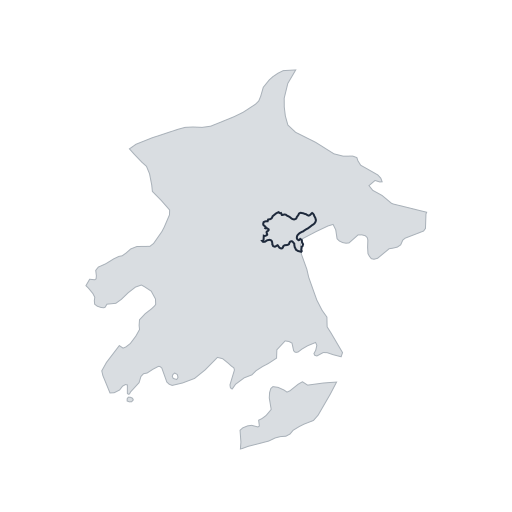 Imishli District, İmişli, Azerbaijan (highlighted), rotated 286°
{"feature_id": "54616110B47039748407948", "entity_name": "Imishli District", "entity_type": "district", "adm_level": 2, "iso_a3": "AZE", "parent_name": "Azerbaijan", "parent_adm1": "İmişli", "projection": "equal_earth", "projection_center": [48.045, 39.875], "detail": "medium", "context": "in_parent", "style": "outline", "palette": "slate", "viewbox_px": 512, "rotation_deg": 286, "n_neighbors": 0, "source": "geoboundaries", "source_scale": "gbopen_adm2", "svg_char_len": 5160}
<svg xmlns="http://www.w3.org/2000/svg" viewBox="0 0 512 512"><g transform="rotate(286 256 256)"><path d="M345.1,408.0L343.2,407.8L329.2,411.3L326.2,410.2L314.2,394.4L311.7,392.7L306.6,392.0L303.5,389.4L301.1,385.1L299.7,382.0L287.3,373.5L285.4,370.3L285.2,367.6L287.0,365.1L289.1,363.0L295.1,360.9L302.2,359.1L304.4,357.8L305.6,355.5L305.5,351.9L304.4,348.3L294.2,341.8L293.1,339.0L292.8,335.6L293.4,332.0L294.9,329.2L303.2,325.4L307.6,321.4L304.8,317.0L296.0,307.0L285.4,295.9L278.4,295.8L270.3,299.1L257.3,308.5L250.1,312.5L240.7,319.2L230.4,326.6L222.0,334.5L216.8,341.0L207.5,343.9L202.7,349.3L187.0,365.8L182.6,365.6L182.4,357.4L182.7,351.0L181.7,347.2L176.7,342.1L176.7,339.9L178.1,338.6L181.9,339.4L186.9,339.1L189.3,337.1L184.0,330.4L179.3,325.9L175.3,322.9L174.4,321.1L174.4,319.8L175.3,318.3L182.2,314.6L182.9,311.2L182.4,307.4L171.6,301.9L163.5,303.9L156.3,297.7L151.6,292.8L145.8,287.7L140.6,284.8L135.7,278.3L127.1,271.7L121.6,269.8L121.7,268.7L122.7,267.5L125.0,266.5L140.5,266.7L142.4,265.5L143.4,262.7L145.5,258.4L148.1,252.2L147.9,246.9L132.5,238.5L121.4,230.7L113.7,220.4L108.5,211.1L108.8,207.9L110.3,205.0L122.4,196.3L123.3,194.1L123.0,192.6L118.8,188.2L113.5,183.6L111.8,180.3L108.5,178.6L102.0,178.5L90.8,172.9L88.5,172.4L87.9,171.3L88.5,170.2L96.6,167.9L96.5,166.0L94.1,163.6L89.6,161.8L85.5,157.4L84.1,153.4L98.8,141.8L103.1,139.4L112.5,141.6L132.2,149.3L130.8,153.6L132.7,156.0L137.2,159.3L145.9,162.6L153.2,164.3L157.0,162.8L162.6,161.6L170.0,165.4L176.7,170.3L180.1,172.3L181.9,172.9L187.0,171.2L193.3,165.0L195.7,157.4L196.5,153.8L192.9,148.7L185.5,143.3L177.2,138.5L171.9,134.3L168.6,126.0L165.2,125.1L164.3,124.0L163.8,121.2L164.0,117.2L165.2,114.2L168.5,112.9L171.9,112.4L175.0,109.5L178.9,103.8L180.6,100.7L187.8,102.5L188.7,107.6L190.0,108.6L193.0,108.0L198.0,105.9L201.9,107.5L207.0,113.6L214.0,120.0L217.8,124.3L219.3,127.3L222.9,130.2L228.2,133.6L232.3,138.9L236.0,151.3L239.8,154.1L253.5,158.8L258.3,159.8L271.7,161.5L276.4,160.3L283.3,149.6L289.5,138.6L295.3,136.3L305.7,131.0L312.0,126.0L314.6,120.6L320.5,110.5L324.1,104.8L330.3,109.8L341.0,123.6L356.3,146.1L360.1,152.4L362.6,159.8L364.8,168.8L368.3,176.7L384.0,196.7L390.7,204.1L401.8,213.7L405.7,215.9L410.8,216.5L420.2,216.5L428.9,220.2L433.2,222.9L437.7,226.7L441.7,231.1L445.8,242.9L430.7,239.0L415.5,239.6L407.0,242.1L398.7,245.6L390.7,250.5L385.8,260.0L381.7,282.0L375.7,302.7L376.0,312.3L378.7,321.5L378.4,325.8L375.6,327.7L372.1,331.6L367.5,350.7L365.2,354.5L362.1,356.8L361.3,354.6L361.4,349.6L354.8,345.2L351.3,350.1L348.9,360.6L344.0,371.7L343.8,373.8L345.1,408.0ZM120.4,213.0L121.1,210.1L119.2,208.8L117.2,208.7L115.5,210.2L115.4,213.8L117.8,214.5L120.4,213.0ZM69.4,298.9L67.2,295.9L66.2,294.2L72.9,292.8L84.1,288.7L87.2,290.7L90.4,294.8L92.0,298.4L92.2,305.0L93.5,306.1L98.9,303.8L101.3,306.5L105.5,309.7L112.7,312.9L123.2,307.9L128.5,306.7L132.8,306.8L135.1,308.3L135.8,313.4L134.9,319.8L133.7,323.3L135.8,325.8L144.4,331.9L147.9,335.3L146.1,341.2L152.4,355.6L154.5,361.2L157.0,368.2L143.8,365.5L120.2,359.6L113.8,356.6L107.7,348.6L104.1,344.7L98.7,339.7L94.3,337.8L91.0,334.4L89.1,329.2L86.4,324.6L81.6,319.2L70.8,300.8L69.4,298.9ZM85.2,176.6L83.8,177.7L81.6,176.6L80.9,174.4L81.1,172.1L83.3,171.5L85.1,172.2L85.6,174.3L85.2,176.6Z" fill="#d9dde1" stroke="#a8b0b8" stroke-width="1"/><path d="M304.4,265.7L303.5,264.6L302.4,263.5L298.8,261.0L297.5,260.9L296.5,260.6L295.4,259.6L294.4,257.6L292.6,257.6L292.3,256.5L291.8,255.3L290.7,254.0L289.2,254.0L288.0,254.4L287.3,255.6L286.9,256.8L286.4,257.4L285.3,257.2L285.2,257.7L285.7,259.0L285.1,260.8L284.4,261.0L283.3,260.5L282.4,259.6L281.4,259.7L279.9,260.8L279.5,260.9L278.8,260.4L278.1,259.6L277.5,258.6L277.6,257.9L274.1,258.7L272.7,258.7L272.3,258.1L272.2,257.8L271.6,258.6L271.7,259.5L272.2,260.7L274.2,262.4L275.3,264.6L275.3,265.9L274.9,266.8L274.1,267.5L272.4,268.3L271.6,268.5L271.2,269.0L270.4,269.5L270.2,270.0L270.1,271.5L270.4,272.0L271.9,273.3L272.3,273.8L270.4,276.3L270.2,277.4L270.2,278.2L270.6,279.0L271.5,279.5L272.6,279.5L273.3,279.7L274.3,280.7L275.1,282.8L275.6,283.6L276.4,284.4L277.2,284.4L278.9,284.7L279.7,285.5L280.1,286.4L279.8,287.3L278.4,289.4L276.9,289.9L276.2,290.3L275.0,290.9L274.1,291.9L273.1,292.6L272.4,294.9L272.5,298.3L273.3,298.6L274.8,297.7L276.4,297.6L277.4,297.3L278.3,298.0L280.3,298.0L281.6,296.7L282.2,296.3L283.5,295.8L284.1,295.3L284.6,293.8L284.1,293.5L283.3,293.2L282.9,292.6L283.5,291.1L284.1,290.5L285.2,290.1L286.4,290.0L287.5,290.2L289.4,291.2L290.2,291.8L291.9,293.5L292.6,294.5L293.6,295.2L296.0,297.3L296.5,298.0L299.1,300.0L301.2,301.5L302.0,302.3L303.3,303.2L304.9,303.7L306.0,303.8L307.1,303.7L307.6,303.3L308.4,302.9L309.1,302.4L310.6,300.9L311.4,300.4L312.4,299.2L312.8,298.1L312.3,297.7L310.7,296.9L309.8,296.2L309.3,295.3L309.6,293.6L310.0,292.5L309.9,291.1L310.1,289.7L309.9,288.0L309.9,287.1L309.1,286.0L308.5,285.6L307.0,285.4L304.7,284.5L303.4,284.4L302.9,284.2L302.2,283.4L301.6,282.5L301.6,280.9L301.8,279.9L302.9,277.4L303.0,276.5L303.2,275.9L303.2,275.1L303.9,273.4L303.8,272.0L303.4,271.2L302.8,270.4L302.6,269.5L303.2,269.2L304.2,268.2L303.8,267.7L303.9,266.3L304.4,265.7Z" fill="none" stroke="#1e293b" stroke-width="2"/></g></svg>